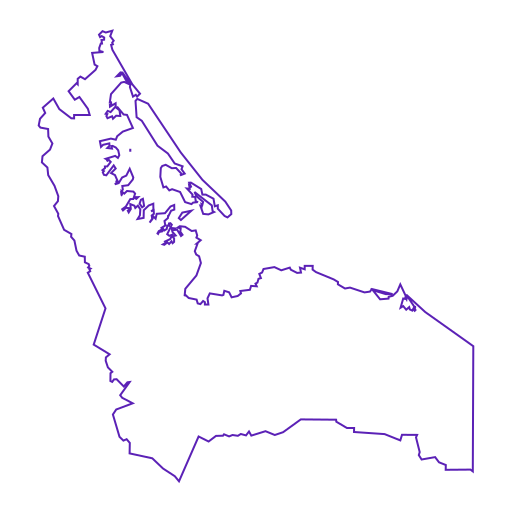 the district of Western Bay of Plenty District, Bay of Plenty, New Zealand
{"feature_id": "76426892B94819834972279", "entity_name": "Western Bay of Plenty District", "entity_type": "district", "adm_level": 2, "iso_a3": "NZL", "parent_name": "New Zealand", "parent_adm1": "Bay of Plenty", "projection": "orthographic", "projection_center": [176.081, -37.7], "detail": "fine", "context": "isolated", "style": "outline", "palette": "violet", "viewbox_px": 512, "rotation_deg": 0, "n_neighbors": 0, "source": "geoboundaries", "source_scale": "gbopen_adm2", "svg_char_len": 6023}
<svg xmlns="http://www.w3.org/2000/svg" viewBox="0 0 512 512"><path d="M41.9,162.4L47.4,167.5L48.2,175.1L54.5,185.8L58.3,196.2L57.9,201.2L54.0,206.0L58.3,213.8L58.0,216.0L64.1,229.8L71.4,234.0L71.1,236.8L74.4,240.5L76.5,250.7L79.2,255.5L84.8,256.7L84.9,262.3L88.7,264.1L89.3,265.8L88.1,267.5L90.5,268.6L89.4,269.3L90.2,271.2L87.8,272.7L105.5,308.4L93.7,344.6L109.6,354.3L105.9,357.4L105.7,360.8L107.9,367.4L112.3,371.8L110.5,373.2L110.4,381.0L112.2,381.9L114.0,379.4L116.6,379.2L123.8,386.5L127.4,382.3L129.7,382.0L120.2,395.2L122.2,397.8L132.7,403.3L116.2,409.5L112.9,414.5L119.5,436.8L123.4,440.6L126.6,439.2L129.8,442.9L129.6,453.4L152.3,458.3L163.0,468.5L174.8,476.2L179.0,481.3L198.6,436.5L208.6,441.5L216.0,435.9L223.0,435.7L224.0,434.3L229.1,436.4L232.5,435.0L237.9,435.8L240.8,434.0L246.0,435.4L249.0,431.5L251.3,435.6L265.5,431.2L274.8,435.0L283.1,432.2L300.8,419.4L336.1,419.7L336.3,421.7L346.9,428.0L354.1,428.0L354.0,432.0L384.6,434.1L400.3,440.4L402.0,434.8L417.1,434.9L416.0,437.4L419.7,452.1L418.8,455.1L421.6,459.5L435.1,457.1L439.0,462.3L445.8,465.0L445.7,469.8L470.5,469.6L472.8,471.4L473.3,346.2L425.3,312.1L406.2,294.6L414.4,306.8L416.0,306.9L414.3,307.2L415.5,310.0L414.7,310.8L413.2,308.9L412.3,310.6L409.8,309.4L409.2,307.1L406.2,309.7L403.2,306.1L400.6,307.7L403.2,298.5L404.9,298.9L405.4,297.3L406.5,299.2L406.7,298.0L400.3,284.4L397.3,291.4L392.7,295.8L388.7,296.8L388.5,298.6L380.1,299.3L372.8,290.2L385.7,294.1L392.6,294.1L371.8,289.0L370.0,291.6L364.5,292.4L350.0,287.6L345.0,288.5L337.9,284.3L338.0,282.0L333.7,279.4L316.0,272.1L312.6,269.6L312.7,265.9L304.7,265.9L304.7,269.3L300.0,267.7L301.0,272.6L297.1,272.9L290.8,269.7L289.8,267.6L281.3,270.3L274.4,267.1L263.5,269.0L262.1,272.5L259.3,273.9L260.9,278.1L258.5,278.8L257.4,282.6L255.5,283.6L256.7,286.3L251.1,285.9L249.9,289.8L240.3,291.0L241.0,293.4L237.7,296.0L231.6,297.3L229.1,292.3L224.3,290.8L223.4,294.9L222.1,295.4L209.8,293.4L207.5,298.3L208.4,304.5L204.9,304.5L204.9,302.2L203.1,301.0L200.4,304.1L197.7,303.4L196.6,299.6L188.7,298.0L185.4,294.9L184.6,296.1L185.3,288.8L196.4,275.5L200.9,263.0L199.1,256.3L196.2,254.5L194.8,251.2L197.5,243.7L196.6,243.7L200.7,240.2L196.4,237.6L197.2,235.5L195.7,230.4L191.7,231.0L185.1,226.8L179.8,226.2L177.7,227.6L180.7,228.4L180.3,231.7L182.5,234.8L181.0,236.0L177.1,229.7L173.9,230.0L175.2,228.4L171.6,228.0L172.4,231.8L175.7,235.5L172.2,236.5L174.1,238.3L174.1,241.9L172.6,243.2L171.5,241.3L169.1,244.0L167.4,242.4L164.3,244.8L163.0,244.4L165.9,242.7L165.0,241.5L170.2,239.1L172.4,234.6L169.3,235.8L167.2,234.2L171.8,224.7L170.4,223.2L168.2,223.6L169.4,223.9L169.0,225.8L167.4,225.5L166.7,229.0L164.2,230.5L163.2,229.0L162.1,231.4L159.0,232.0L158.1,233.9L157.5,233.4L158.8,231.1L162.1,229.4L161.4,227.9L165.3,225.5L164.5,221.0L167.9,218.1L168.2,215.0L168.1,216.7L171.1,210.7L174.3,209.6L174.2,205.0L170.5,206.5L165.0,213.2L156.7,213.8L155.6,218.7L153.5,216.6L152.4,219.1L149.6,222.6L152.2,218.7L151.7,215.5L153.9,213.8L153.7,210.2L151.1,211.4L153.4,209.6L153.3,203.7L148.7,205.5L143.8,210.2L143.6,217.9L137.6,219.0L139.9,215.3L140.3,209.4L137.9,205.6L135.3,208.0L134.4,205.7L130.3,204.1L130.8,209.0L128.7,212.4L127.8,210.7L129.5,209.3L128.9,208.1L126.0,207.8L123.0,210.4L122.2,209.2L125.8,206.6L130.3,199.1L133.3,199.0L133.9,197.3L136.3,198.9L138.2,197.1L133.9,197.2L135.1,193.6L133.4,191.6L127.0,191.0L124.3,193.6L121.7,191.5L122.2,193.9L121.6,195.0L121.5,194.9L121.1,191.7L122.8,189.6L122.3,186.0L128.2,185.2L132.8,179.5L133.3,177.5L129.7,168.8L126.3,175.6L122.1,177.5L118.7,183.1L114.9,184.3L117.1,182.2L115.9,180.7L117.8,181.5L115.0,175.1L111.1,173.1L115.7,168.5L113.7,165.4L106.3,175.3L103.9,174.8L102.8,172.3L103.9,171.1L102.5,170.1L105.0,168.1L104.9,166.5L107.3,166.4L110.7,161.9L108.9,160.0L106.7,161.2L107.8,160.0L105.7,158.8L115.2,155.9L117.9,157.9L119.3,155.2L118.2,150.3L115.8,147.5L112.6,145.9L111.4,146.1L112.0,148.6L107.3,148.0L109.5,145.8L109.3,143.4L103.1,144.8L101.0,146.9L99.9,141.2L110.9,138.6L115.8,139.7L117.2,136.2L122.8,131.6L132.9,128.0L127.0,114.9L123.6,114.5L117.6,107.3L116.5,107.9L119.5,110.3L120.3,116.0L116.2,115.7L113.0,118.7L112.1,116.3L107.5,118.2L106.4,116.1L107.3,114.1L105.7,113.8L107.7,110.9L110.6,112.1L115.7,106.4L115.6,103.3L110.0,106.7L109.9,104.7L111.4,104.3L111.0,102.3L109.8,102.4L111.0,94.1L121.2,82.6L124.2,81.9L127.9,83.6L122.0,73.0L120.1,75.8L116.7,76.3L120.5,72.4L122.6,72.7L130.5,84.1L129.9,87.0L133.0,96.6L135.8,94.8L137.1,96.6L140.0,93.7L132.3,84.3L112.4,49.8L111.1,44.9L112.9,44.3L112.2,42.7L113.7,40.7L110.2,36.2L112.3,30.7L105.8,32.5L102.5,31.2L99.0,34.7L100.1,37.1L101.7,36.1L104.2,37.5L104.1,39.7L101.5,40.0L102.0,43.5L100.8,43.5L99.2,48.0L99.4,50.9L103.4,52.0L92.1,52.9L94.6,64.6L97.4,66.2L95.5,69.9L85.0,79.2L80.4,76.6L77.7,78.8L77.7,84.3L76.6,83.2L68.6,91.2L74.8,99.7L79.4,97.0L87.9,108.8L89.7,115.0L74.1,115.0L74.1,118.4L71.3,118.3L59.3,109.1L53.3,98.5L42.8,107.7L45.2,113.0L40.0,118.8L38.7,125.5L40.4,127.6L48.1,129.0L48.4,136.6L52.4,143.5L50.0,149.6L42.5,156.2L41.9,162.4ZM180.7,152.4L148.1,103.7L137.3,98.9L135.5,100.9L136.6,117.2L141.8,120.8L157.5,145.7L167.9,153.5L174.7,163.5L182.6,166.3L181.5,169.2L184.7,173.6L180.1,175.4L181.7,174.0L176.1,168.0L171.8,168.2L165.7,164.8L162.2,166.0L160.8,168.1L160.3,176.9L163.4,187.4L166.1,186.5L169.3,190.4L172.1,189.2L180.1,192.0L185.1,202.1L191.5,204.1L193.1,202.6L197.0,202.2L197.2,201.9L195.7,201.1L195.2,196.9L192.3,196.7L192.5,194.5L186.9,188.5L189.7,188.8L189.2,185.6L191.4,187.4L189.2,182.7L190.9,182.6L201.2,189.0L202.4,194.6L205.8,194.6L213.5,198.7L214.8,206.3L217.8,205.3L217.8,208.7L224.6,216.0L227.5,217.4L231.3,214.1L231.2,210.5L225.3,201.6L202.4,179.8L180.7,152.4ZM211.8,205.4L194.5,192.0L196.5,196.2L203.1,201.9L202.3,205.0L201.4,204.2L201.5,207.2L200.7,206.6L203.2,213.9L208.4,214.4L214.1,212.0L212.6,211.1L211.8,205.4ZM191.4,210.7L182.3,212.6L178.8,218.1L180.9,220.0L191.4,210.7ZM142.9,198.8L140.9,199.8L139.6,203.6L142.1,207.3L144.1,205.9L142.9,198.8ZM130.4,151.7L130.3,150.6L130.3,148.8L130.2,150.6L130.4,151.7Z" fill="none" stroke="#5b21b6" stroke-width="2"/></svg>